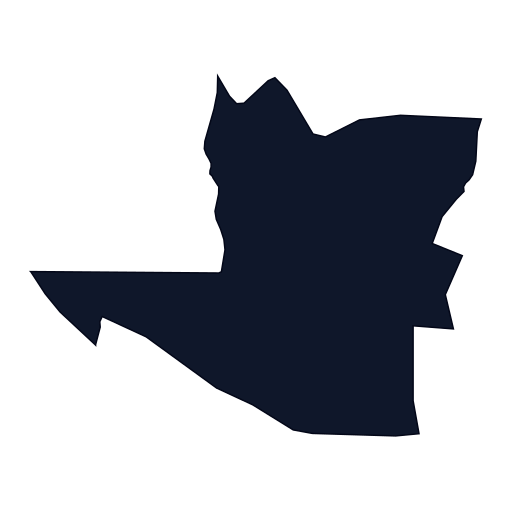 the border of South Cotabato
{"feature_id": "PHL-2599", "entity_name": "South Cotabato", "entity_type": "Province", "adm_level": 1, "iso_a3": "PHL", "parent_name": "Philippines", "parent_adm1": "", "projection": "natural_earth1", "projection_center": [124.747, 6.32], "detail": "fine", "context": "isolated", "style": "filled", "palette": "ink", "viewbox_px": 512, "rotation_deg": 0, "n_neighbors": 0, "source": "natural_earth", "source_scale": "10m", "svg_char_len": 944}
<svg xmlns="http://www.w3.org/2000/svg" viewBox="0 0 512 512"><path d="M217.7,76.1L229.5,96.2L236.6,103.7L244.0,103.2L268.2,80.7L274.9,77.7L287.0,90.2L313.0,134.0L325.4,137.0L359.5,119.9L400.5,115.3L481.3,119.0L477.3,131.7L475.8,161.2L472.6,174.7L469.1,179.8L465.6,183.0L463.5,186.8L464.0,191.4L456.4,199.1L442.1,216.6L432.2,243.5L462.3,255.7L445.3,294.6L453.4,328.9L413.1,325.8L413.1,400.7L419.0,433.7L395.6,435.9L312.3,433.4L293.2,429.9L252.7,404.8L216.7,388.1L146.1,336.8L102.2,316.5L99.8,321.7L100.2,327.1L95.6,344.6L95.6,345.1L95.2,344.7L60.1,312.0L45.2,293.8L30.8,271.7L30.7,271.6L218.8,273.0L221.3,271.8L221.4,271.7L225.0,249.8L223.9,239.4L220.7,229.4L216.3,219.3L215.0,211.2L218.6,194.1L218.8,186.6L217.7,185.2L213.0,177.9L212.5,176.4L209.9,173.9L210.0,170.7L211.1,167.1L211.1,163.3L208.9,158.7L206.2,154.2L204.3,148.8L204.9,141.2L214.0,109.2L217.3,92.6L217.7,76.4L217.7,76.1Z" fill="#0f172a" stroke="#020617" stroke-width="1.5"/></svg>